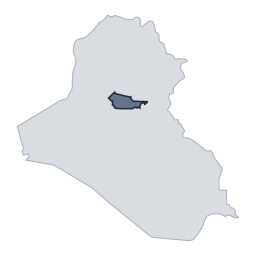 Samarra, Sala ad-Din, Iraq (highlighted)
{"feature_id": "34846034B32095770002268", "entity_name": "Samarra", "entity_type": "district", "adm_level": 2, "iso_a3": "IRQ", "parent_name": "Iraq", "parent_adm1": "Sala ad-Din", "projection": "mercator", "projection_center": [43.854, 34.328], "detail": "fine", "context": "in_parent", "style": "filled", "palette": "slate", "viewbox_px": 256, "rotation_deg": 0, "n_neighbors": 0, "source": "geoboundaries", "source_scale": "gbopen_adm2", "svg_char_len": 4674}
<svg xmlns="http://www.w3.org/2000/svg" viewBox="0 0 256 256"><path d="M98.5,22.8L100.7,22.3L104.8,18.9L107.2,15.6L107.9,15.4L110.1,16.4L111.6,16.7L115.1,15.5L117.2,16.1L119.0,16.9L120.0,17.0L124.7,19.0L125.9,19.2L128.4,19.5L132.0,19.6L134.3,18.3L136.0,17.0L137.2,17.1L138.3,17.4L139.2,17.9L140.0,18.8L140.4,20.2L140.3,24.5L140.6,25.6L141.3,26.4L142.1,26.6L143.1,25.6L144.8,24.3L146.9,22.8L148.5,21.4L149.4,20.9L150.9,21.0L152.3,21.2L153.0,21.9L153.0,22.1L153.8,24.1L155.6,31.6L156.7,32.6L157.9,33.4L158.8,34.5L159.1,35.6L159.0,37.3L159.1,39.3L159.6,40.9L160.2,42.0L160.9,42.6L161.9,42.7L163.0,43.0L163.8,44.1L166.3,52.6L166.5,53.7L167.6,54.0L169.3,53.9L171.1,54.7L173.0,56.1L174.7,58.7L175.9,59.1L179.7,58.7L184.8,59.1L187.2,60.4L186.9,61.3L185.1,62.2L181.8,63.2L180.9,65.0L180.3,67.4L180.4,68.7L181.2,70.1L183.5,73.0L183.7,74.1L184.1,75.5L184.5,76.5L184.0,78.4L181.9,79.7L179.2,81.1L173.7,87.5L173.3,88.9L173.3,92.6L172.8,93.7L171.0,93.7L169.7,93.5L169.6,94.8L168.8,96.5L168.3,98.0L170.3,101.6L170.6,103.5L170.3,105.2L168.5,108.2L167.3,110.2L167.6,110.6L169.1,111.4L173.6,118.0L175.1,120.2L177.0,119.6L177.7,119.7L178.3,120.0L178.6,120.8L178.6,121.8L178.1,123.2L180.6,123.8L181.4,125.3L184.3,130.4L184.2,131.9L182.8,134.2L182.8,135.8L183.1,137.2L183.5,137.7L187.7,137.9L189.5,138.5L193.9,141.0L198.9,145.0L202.9,148.2L206.4,150.9L210.1,150.7L211.1,151.2L212.1,152.1L213.1,154.3L215.2,159.4L217.0,161.1L219.8,165.1L222.4,168.9L220.7,174.0L219.0,179.4L219.0,186.2L219.0,189.9L222.6,190.1L226.5,190.3L226.6,194.6L226.6,199.0L226.6,204.1L227.8,204.3L229.6,205.3L230.4,207.0L231.4,207.9L232.6,208.0L233.8,208.8L235.0,210.2L235.4,211.3L235.1,212.1L235.3,213.4L236.1,215.3L237.1,216.2L238.7,217.3L236.6,217.9L234.3,217.4L229.5,215.2L227.9,215.1L225.9,216.0L225.8,216.7L220.7,214.3L218.9,213.8L218.2,213.7L215.3,213.7L211.1,214.2L208.7,215.2L207.0,216.2L206.2,217.3L206.0,217.8L204.6,220.9L203.1,224.8L201.5,228.3L198.4,233.3L196.7,235.6L193.0,239.8L189.1,240.6L179.9,239.8L169.6,238.9L159.5,238.0L151.9,237.3L151.3,237.0L143.9,231.0L138.0,226.2L130.6,220.2L123.0,214.1L115.4,207.8L109.8,203.3L103.1,197.4L96.9,192.1L92.1,187.9L85.9,184.2L81.0,181.3L73.9,177.0L68.3,173.6L63.4,170.7L56.0,166.3L53.5,165.0L45.7,163.6L38.4,162.3L30.8,161.0L25.8,160.1L29.1,156.9L28.1,154.0L25.6,154.6L23.4,155.2L22.0,150.8L23.8,150.2L22.2,144.4L20.5,138.3L19.0,132.5L17.3,126.5L23.7,122.6L28.5,119.8L35.2,115.7L41.7,111.8L47.9,108.1L54.7,104.0L60.7,100.3L66.3,98.8L67.5,97.7L70.0,92.6L72.2,88.3L72.3,87.3L72.3,81.2L72.7,73.9L73.4,70.1L74.6,66.6L75.8,64.1L75.9,61.8L75.7,59.4L74.6,55.8L73.3,52.1L73.5,48.4L73.7,46.5L74.5,43.3L75.8,41.1L77.2,39.7L82.5,38.2L85.6,37.3L89.8,33.3L92.3,30.9L95.8,27.0L98.3,24.2L98.5,23.2L98.5,22.8Z" fill="#d9dde1" stroke="#a8b0b8" stroke-width="1"/><path d="M130.8,96.7L130.6,96.8L130.0,97.3L129.8,97.2L129.6,97.2L129.4,97.0L129.2,97.0L128.9,96.8L128.5,96.7L127.8,96.6L127.3,96.4L126.7,96.4L126.1,96.2L125.1,96.0L124.1,95.8L123.4,95.6L122.1,95.3L120.8,94.9L119.5,94.6L117.2,94.0L116.9,93.9L116.3,93.7L114.8,93.3L114.8,92.9L114.8,92.6L114.7,92.1L114.5,92.3L114.2,92.6L113.7,93.1L112.8,93.8L112.1,94.5L111.7,94.9L110.6,96.1L109.7,96.9L109.2,97.5L108.5,98.1L109.9,99.4L110.5,100.1L111.4,100.9L111.5,101.1L112.5,101.1L112.5,102.6L112.5,102.9L112.5,103.4L112.4,103.9L112.4,104.4L112.4,104.9L113.3,104.9L113.6,105.7L113.7,106.1L113.8,106.3L113.9,106.6L114.0,106.7L114.4,107.2L115.4,108.4L116.5,108.4L117.6,108.5L122.8,108.7L123.6,108.7L125.5,108.7L132.0,108.7L132.4,108.7L132.6,108.6L132.8,108.5L133.1,108.3L133.4,108.1L133.6,107.9L133.8,107.8L134.0,107.7L134.3,107.6L134.7,107.3L134.8,107.2L135.0,107.2L135.3,107.3L135.5,107.4L135.6,107.5L135.8,107.5L135.9,107.4L136.0,107.2L136.2,107.3L136.3,107.5L136.8,107.8L137.1,107.9L137.3,107.8L137.3,107.7L137.5,107.5L137.8,107.7L138.1,107.7L138.3,107.7L138.5,107.7L138.8,107.5L139.0,107.6L139.2,107.8L139.3,107.8L139.4,107.7L139.5,107.6L139.8,107.6L140.0,107.8L140.0,107.7L139.9,107.4L139.9,107.2L139.7,106.9L139.4,106.7L139.5,106.5L139.7,106.1L140.2,105.4L140.6,104.7L140.8,104.3L140.9,103.9L141.2,103.6L141.6,103.2L141.9,103.1L142.3,103.1L142.7,102.9L143.1,102.9L143.6,102.9L144.2,103.0L144.4,103.2L144.6,103.4L144.7,103.5L144.7,104.0L144.7,104.3L145.0,104.2L145.3,103.9L145.5,103.6L145.9,103.2L146.1,102.9L146.7,102.9L146.9,102.8L147.0,102.7L147.2,102.3L147.3,102.1L147.3,101.9L147.2,101.6L146.8,101.6L146.1,101.6L145.0,101.6L143.8,101.5L142.8,101.5L140.1,101.5L139.8,101.5L138.6,101.4L137.4,101.3L136.9,101.3L136.5,101.3L135.5,101.3L135.0,101.3L133.1,101.3L132.9,100.8L132.8,100.7L132.6,100.5L132.1,99.9L131.6,99.4L131.3,99.0L131.1,98.7L130.8,98.1L130.8,97.9L130.8,96.7Z" fill="#64748b" stroke="#1e293b" stroke-width="1.5"/></svg>